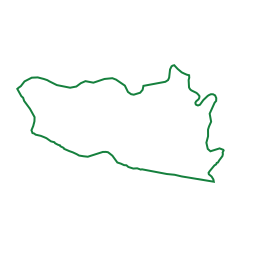 Catarina, San Marcos, Guatemala, rotated 252°
{"feature_id": "79465075B50413520272297", "entity_name": "Catarina", "entity_type": "district", "adm_level": 2, "iso_a3": "GTM", "parent_name": "Guatemala", "parent_adm1": "San Marcos", "projection": "robinson", "projection_center": [-92.07, 14.848], "detail": "fine", "context": "isolated", "style": "outline", "palette": "green", "viewbox_px": 256, "rotation_deg": 252, "n_neighbors": 0, "source": "geoboundaries", "source_scale": "gbopen_adm2", "svg_char_len": 1734}
<svg xmlns="http://www.w3.org/2000/svg" viewBox="0 0 256 256"><g transform="rotate(252 128 128)"><path d="M126.5,220.2L129.2,221.2L132.1,220.9L133.8,219.3L134.5,217.3L134.3,215.3L133.9,213.7L131.3,208.3L127.9,203.6L127.8,201.5L129.0,200.0L130.0,199.7L131.2,199.9L132.2,200.9L133.0,202.7L133.4,203.8L134.6,205.1L136.2,205.8L137.7,205.3L139.0,204.7L140.2,204.0L144.1,200.0L145.1,199.3L146.4,198.8L147.8,198.6L154.9,200.5L156.9,201.8L159.3,202.4L160.6,200.3L162.3,198.4L164.3,196.3L168.8,193.5L172.0,192.0L173.4,191.4L173.5,189.9L173.2,188.5L170.7,186.1L163.2,182.7L161.2,180.9L160.4,177.8L163.3,155.7L159.8,153.7L157.8,150.5L157.9,143.8L159.2,141.4L162.3,139.1L169.3,138.1L177.7,131.6L180.2,128.5L181.9,120.8L181.8,109.1L185.7,102.0L185.2,97.0L183.4,91.7L184.2,85.4L190.8,73.6L196.9,67.4L198.4,66.1L200.7,63.0L204.0,57.8L205.6,52.0L204.3,44.0L200.9,39.0L200.1,36.4L199.4,34.8L191.2,36.4L189.2,37.6L185.8,37.6L176.5,40.7L167.2,42.5L163.3,41.1L159.2,38.5L155.7,35.5L152.7,35.6L151.8,37.0L150.2,38.1L147.5,42.6L145.1,45.5L143.5,47.3L139.1,50.6L137.2,53.6L136.1,53.9L133.8,56.1L132.4,58.0L131.6,58.0L129.0,60.6L127.9,60.8L124.2,65.0L121.9,68.0L118.9,71.2L116.9,73.0L114.8,77.1L113.1,80.9L113.0,96.8L112.1,99.6L111.2,101.4L109.7,102.5L106.5,104.6L98.5,107.2L96.3,110.2L93.9,112.8L93.0,115.0L90.8,116.3L87.8,120.5L86.8,124.3L84.5,127.3L84.4,128.5L72.2,150.8L69.1,157.9L65.4,164.0L50.4,193.0L52.7,193.3L56.0,192.5L59.0,190.6L60.5,190.8L61.7,192.3L65.7,198.6L66.2,200.6L67.4,201.6L67.4,202.9L69.0,204.7L72.1,209.1L73.9,210.2L75.4,210.4L77.1,212.0L77.8,211.9L80.3,208.8L80.4,199.2L83.5,197.4L89.8,198.0L95.4,201.6L101.7,203.6L104.5,205.6L108.3,209.0L116.4,210.1L125.3,218.2L126.5,220.2Z" fill="none" stroke="#15803d" stroke-width="2"/></g></svg>